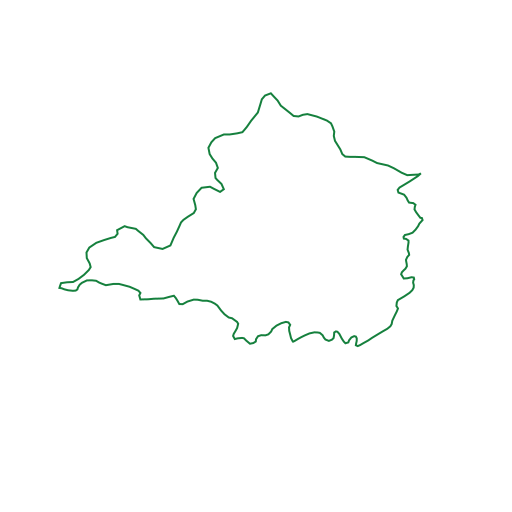 outline of Naroulia, Gomel, Belarus, rotated 148°
{"feature_id": "67162791B29889808776469", "entity_name": "Naroulia", "entity_type": "district", "adm_level": 2, "iso_a3": "BLR", "parent_name": "Belarus", "parent_adm1": "Gomel", "projection": "robinson", "projection_center": [29.526, 51.623], "detail": "fine", "context": "isolated", "style": "outline", "palette": "green", "viewbox_px": 512, "rotation_deg": 148, "n_neighbors": 0, "source": "geoboundaries", "source_scale": "gbopen_adm2", "svg_char_len": 3585}
<svg xmlns="http://www.w3.org/2000/svg" viewBox="0 0 512 512"><g transform="rotate(148 256 256)"><path d="M270.0,163.7L268.5,163.5L264.0,163.4L260.7,163.2L256.7,162.8L251.6,162.0L246.9,160.3L244.3,158.5L242.6,157.0L241.5,153.5L241.7,150.8L241.4,148.4L239.2,145.4L236.0,144.8L233.7,145.3L231.8,147.4L230.2,149.7L228.2,149.7L227.1,148.6L226.6,145.8L227.0,140.5L226.9,136.9L226.4,134.6L223.5,133.8L221.7,135.2L218.3,136.4L215.2,136.0L214.0,134.7L214.2,132.8L215.6,130.6L217.3,128.9L218.6,127.4L217.5,125.7L215.0,125.3L211.1,125.2L205.6,124.9L200.9,125.1L193.0,125.0L188.1,124.9L183.2,124.7L179.3,125.2L177.0,126.4L174.7,128.9L171.9,130.7L169.4,132.3L166.1,134.3L163.5,136.2L163.4,136.3L163.4,139.2L161.2,142.0L159.1,143.4L151.6,143.2L145.3,143.4L141.6,144.2L139.1,145.6L137.6,147.7L136.9,150.1L135.4,151.9L134.2,152.4L133.6,154.1L135.4,155.6L139.4,156.9L142.6,158.6L142.6,161.8L142.6,163.6L140.9,164.9L138.3,165.6L136.1,166.0L133.5,167.3L132.5,169.2L131.3,172.3L130.8,173.3L128.2,175.0L125.5,175.8L124.8,177.5L124.1,181.1L122.2,183.5L119.5,186.6L118.5,188.3L119.7,191.0L121.4,192.4L120.8,194.0L118.6,194.9L114.9,193.6L110.9,192.8L106.7,193.8L102.7,195.4L100.3,196.9L95.7,198.2L95.2,200.3L96.4,201.3L96.7,204.5L97.0,208.3L96.9,211.5L95.3,213.5L93.6,214.9L94.6,217.5L97.9,220.2L97.9,222.8L97.5,225.6L97.9,229.5L99.7,231.9L101.6,234.3L100.8,237.0L98.0,238.0L92.4,237.9L86.2,237.8L76.6,238.0L72.4,238.7L74.9,238.9L79.9,241.7L84.9,244.4L88.4,249.5L92.6,257.4L96.1,262.8L104.1,270.7L106.8,275.2L111.8,282.4L119.5,287.6L123.8,290.3L127.6,293.0L128.8,296.7L128.0,301.8L128.0,306.0L128.0,311.8L126.4,316.6L123.7,320.0L122.5,325.4L122.1,328.8L124.1,333.3L130.6,342.1L137.2,349.1L141.4,350.9L146.0,351.8L149.9,354.8L151.4,359.4L153.0,363.9L155.3,370.3L155.3,376.4L156.4,381.8L157.2,386.1L163.3,387.3L168.0,385.8L171.5,382.7L178.4,376.7L188.4,373.3L195.4,370.3L201.9,368.2L207.0,370.0L213.9,373.0L218.9,376.1L228.2,377.6L233.6,376.1L239.0,373.0L241.3,367.0L241.3,361.8L240.5,356.3L241.7,350.9L246.7,348.2L249.0,343.6L248.6,341.2L247.1,335.4L247.9,329.7L252.5,329.4L256.0,335.1L258.3,339.1L266.0,342.7L272.9,340.9L278.7,337.5L280.6,331.2L282.2,327.5L286.0,325.4L293.0,325.4L298.4,325.1L301.8,324.2L305.3,321.8L310.3,318.5L316.1,315.1L323.0,310.3L331.5,311.5L337.7,317.5L338.5,322.7L340.0,329.4L340.4,333.6L342.7,340.0L343.5,342.7L349.7,348.5L351.6,350.9L360.1,351.5L361.6,348.2L365.5,346.9L369.4,348.2L376.3,350.0L384.4,351.8L392.9,351.5L397.9,348.8L400.6,343.9L401.0,337.8L402.1,334.2L405.2,332.7L411.8,331.2L418.7,330.6L424.9,330.9L430.3,333.9L435.7,336.3L438.0,334.5L439.6,333.1L437.9,331.6L436.2,329.3L433.5,326.5L429.7,323.5L427.2,322.2L425.2,322.3L423.6,323.7L420.7,325.1L417.8,325.5L412.3,324.9L408.0,322.3L404.7,319.7L403.1,316.6L401.4,314.2L398.8,310.8L395.2,309.3L391.8,307.9L387.1,305.0L384.7,302.5L379.5,296.9L376.4,292.4L374.1,288.9L373.6,285.9L375.9,284.5L377.1,280.4L374.0,278.6L370.5,276.5L365.1,273.8L360.4,271.0L356.9,269.0L351.2,267.3L346.7,265.8L346.3,262.9L346.3,259.9L346.5,255.9L343.7,254.0L338.3,253.7L331.9,252.0L328.6,249.8L324.9,246.3L321.1,243.9L318.3,241.0L316.2,237.5L315.0,234.5L314.5,228.3L313.6,223.3L311.7,218.3L309.3,215.9L307.0,210.2L307.0,208.0L310.2,204.9L313.3,203.2L316.1,201.8L317.8,200.3L318.0,196.8L315.2,195.9L311.2,193.9L309.8,192.6L309.1,189.4L307.6,184.8L304.4,183.6L301.5,183.6L300.1,185.4L296.8,186.9L293.6,186.1L290.0,183.7L287.0,183.0L283.2,183.9L280.9,185.4L275.5,186.1L270.1,185.6L265.6,184.3L263.7,182.5L263.5,179.5L265.8,178.0L267.5,174.9L268.7,171.1L269.8,167.8L270.1,163.9L270.0,163.7Z" fill="none" stroke="#15803d" stroke-width="2"/></g></svg>